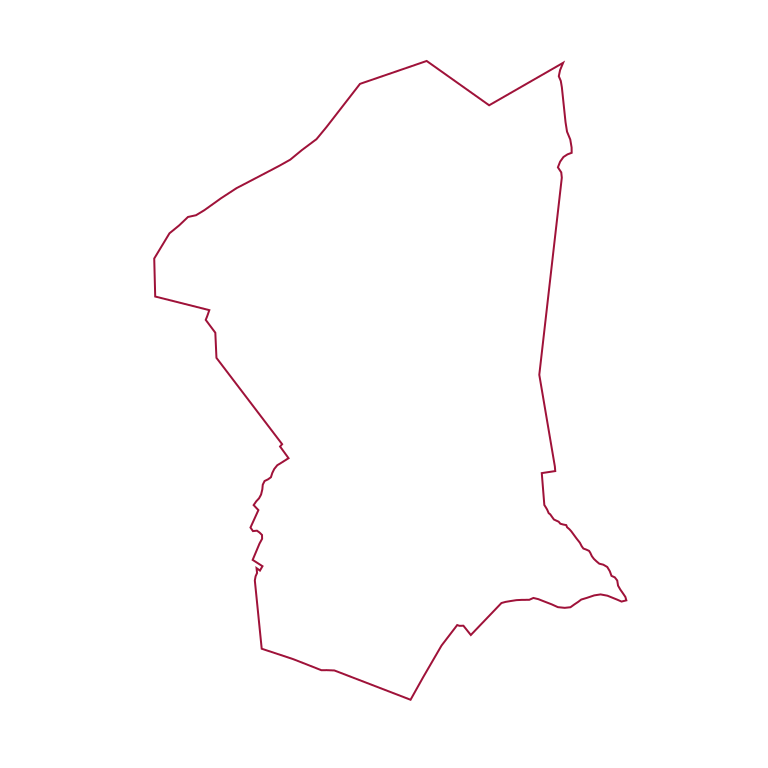 the district of Kluang, Johor, Malaysia, rotated 354°
{"feature_id": "92858781B16858061295144", "entity_name": "Kluang", "entity_type": "district", "adm_level": 2, "iso_a3": "MYS", "parent_name": "Malaysia", "parent_adm1": "Johor", "projection": "robinson", "projection_center": [103.428, 2.052], "detail": "fine", "context": "isolated", "style": "outline", "palette": "rose", "viewbox_px": 768, "rotation_deg": 354, "n_neighbors": 0, "source": "geoboundaries", "source_scale": "gbopen_adm2", "svg_char_len": 1985}
<svg xmlns="http://www.w3.org/2000/svg" viewBox="0 0 768 768"><g transform="rotate(354 384 384)"><path d="M165.6,273.1L218.0,292.3L217.0,294.4L215.2,298.2L213.4,301.6L221.6,315.4L220.1,340.5L276.4,433.2L274.1,435.3L281.3,447.8L271.8,452.5L269.4,453.6L266.0,457.0L263.6,460.8L261.8,464.9L258.7,466.7L255.1,468.0L252.9,471.5L252.0,476.0L250.2,481.1L247.8,484.6L244.7,487.3L241.7,490.8L245.9,496.3L236.2,512.8L238.3,516.6L242.3,516.6L244.7,518.7L246.9,521.4L246.6,525.2L243.5,529.7L235.0,545.2L244.1,552.5L241.1,556.6L238.0,553.8L238.0,558.7L236.2,561.8L235.0,565.9L234.7,634.5L264.6,648.0L266.0,648.7L291.8,662.1L297.1,662.6L304.7,663.7L376.6,700.4L377.4,700.8L392.5,679.4L413.9,650.1L431.6,631.4L433.8,632.4L437.7,632.7L444.1,642.7L477.9,614.1L482.2,613.4L487.0,613.1L493.1,612.8L498.6,613.1L505.9,613.8L510.2,612.4L515.0,614.1L519.6,616.5L527.8,620.7L533.6,624.1L540.3,625.5L546.1,625.5L550.3,623.1L554.3,621.0L557.6,619.0L563.4,617.9L571.0,616.2L577.4,615.9L584.1,617.9L593.3,622.8L597.5,625.2L602.4,624.5L601.8,621.0L600.0,617.6L597.5,613.1L595.7,609.0L595.4,603.8L593.3,600.4L590.2,598.6L589.0,593.8L586.9,589.3L583.2,586.6L579.3,585.2L576.8,582.6L574.4,579.8L572.7,576.9L571.5,573.4L570.5,571.4L567.8,569.8L565.1,568.5L563.7,566.1L562.2,562.3L559.4,557.9L554.8,550.0L553.2,547.8L551.1,545.6L550.5,543.4L547.6,542.5L544.8,541.4L543.3,539.2L541.1,537.9L538.8,536.5L537.2,533.7L535.7,531.0L534.3,529.7L533.1,525.9L532.0,523.5L530.8,521.1L531.6,489.1L545.2,488.5L545.3,483.8L539.4,391.1L582.4,197.4L582.4,192.1L579.6,186.7L582.4,181.3L586.2,177.0L590.5,174.8L594.8,173.7L595.3,168.4L594.8,160.3L592.4,152.2L591.9,142.5L591.9,132.3L591.9,121.5L591.9,112.9L591.9,107.5L591.5,101.1L590.0,96.2L591.9,90.3L595.7,83.3L517.7,117.8L460.2,67.2L391.5,83.0L353.6,122.5L342.5,133.4L326.9,142.7L314.2,151.1L302.3,156.2L277.1,166.2L257.8,173.8L241.4,182.2L223.6,192.3L214.7,196.5L206.5,197.4L196.8,204.9L186.4,211.7L168.6,235.2L165.6,273.1Z" fill="none" stroke="#9f1239" stroke-width="2"/></g></svg>